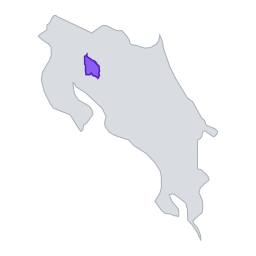 Tilaran, Guanacaste, Costa Rica (highlighted)
{"feature_id": "36466004B12916636175246", "entity_name": "Tilaran", "entity_type": "district", "adm_level": 2, "iso_a3": "CRI", "parent_name": "Costa Rica", "parent_adm1": "Guanacaste", "projection": "equal_earth", "projection_center": [-84.874, 10.487], "detail": "fine", "context": "in_parent", "style": "filled", "palette": "violet", "viewbox_px": 256, "rotation_deg": 0, "n_neighbors": 0, "source": "geoboundaries", "source_scale": "gbopen_adm2", "svg_char_len": 3766}
<svg xmlns="http://www.w3.org/2000/svg" viewBox="0 0 256 256"><path d="M217.7,131.7L217.4,133.1L216.5,134.5L215.1,135.9L213.4,136.8L209.1,133.9L204.9,130.6L202.6,132.1L201.8,136.4L200.2,138.6L198.3,139.5L197.5,140.9L197.4,155.4L197.5,169.1L200.7,169.4L206.0,174.1L208.2,176.9L209.0,179.5L208.3,180.7L204.5,183.7L200.7,187.5L198.8,192.2L202.1,199.8L202.8,204.9L202.7,210.3L201.8,212.9L194.5,219.1L193.0,221.3L193.2,222.9L197.2,227.2L199.1,231.3L200.7,236.3L200.9,240.6L197.3,232.6L192.2,224.9L187.8,220.2L187.4,209.2L185.7,203.2L179.0,197.7L173.3,193.8L169.1,194.6L171.7,200.9L178.4,209.1L178.8,212.2L178.7,216.4L174.2,215.7L170.1,214.0L165.2,213.5L161.9,211.0L154.9,201.3L159.9,193.0L161.4,187.6L161.3,176.3L160.1,170.8L154.8,162.5L146.2,153.4L134.3,146.0L128.7,140.0L114.7,135.4L109.4,132.3L105.2,126.7L104.6,122.6L106.1,116.4L102.2,108.4L85.6,92.8L76.3,87.0L74.3,83.7L72.8,82.6L74.3,93.4L78.3,99.9L88.9,106.0L91.9,109.5L93.0,114.1L86.9,122.9L83.7,125.1L82.8,129.9L80.8,131.4L78.7,128.6L70.1,114.8L53.4,108.2L50.4,104.1L44.2,91.6L41.4,80.1L42.4,72.4L49.3,60.5L51.4,55.3L51.0,52.1L51.2,47.4L48.7,44.1L42.3,39.8L38.3,36.4L39.4,34.7L46.7,30.1L47.1,25.9L47.1,24.5L48.3,24.2L49.3,23.1L50.0,22.0L52.0,18.0L53.7,15.7L55.7,15.4L58.1,17.0L67.2,21.3L77.4,26.1L91.8,33.0L97.8,28.6L103.0,25.3L106.5,25.7L114.3,29.6L119.0,30.9L121.8,30.5L126.8,36.2L129.5,40.5L130.0,43.3L131.5,44.8L135.4,45.2L144.8,48.1L150.6,47.5L155.9,44.4L158.8,40.8L159.7,35.0L161.0,37.8L162.6,42.3L163.3,48.1L170.1,67.5L175.6,78.4L187.5,98.1L192.7,101.8L201.4,117.7L204.4,120.3L206.1,125.0L215.2,128.9L217.7,131.7Z" fill="#d9dde1" stroke="#a8b0b8" stroke-width="1"/><path d="M99.5,70.5L99.1,67.8L99.0,65.2L99.0,65.3L98.9,65.4L98.7,65.4L98.6,65.5L98.4,65.5L98.2,65.7L98.0,65.4L98.0,65.2L97.9,65.2L97.6,65.0L97.5,64.9L97.4,64.6L97.2,64.5L97.2,64.4L96.9,64.2L96.6,64.0L96.6,63.9L96.5,63.7L96.5,63.4L96.5,63.2L96.4,63.3L96.2,63.3L95.9,63.4L95.7,63.3L95.7,63.2L95.4,62.9L95.3,62.6L95.3,62.3L95.3,62.1L95.3,61.8L95.2,61.8L94.9,61.8L94.9,61.7L94.8,61.4L94.7,61.4L94.6,61.2L94.4,61.1L94.2,61.0L94.2,60.8L94.0,60.7L93.9,60.6L93.5,60.6L93.4,60.6L93.2,60.5L92.9,60.7L92.7,60.7L92.5,60.4L92.4,60.3L92.3,60.2L92.1,60.0L91.9,60.0L91.7,60.0L91.6,59.9L91.4,59.8L91.2,59.8L91.0,59.7L90.9,59.6L90.7,59.4L90.7,59.1L90.6,58.9L90.4,58.9L90.2,58.8L90.2,58.7L90.0,58.4L89.9,58.3L89.8,58.2L89.4,58.2L89.2,58.1L88.9,58.0L88.9,57.9L88.7,57.8L88.5,57.7L88.4,57.6L88.2,57.4L87.9,57.5L87.8,57.4L87.7,57.3L87.7,57.2L87.6,56.9L87.6,56.7L87.4,56.5L87.3,56.4L87.0,56.2L86.9,56.0L86.9,55.9L86.8,55.6L86.9,55.4L86.9,55.2L86.8,54.7L86.9,54.3L86.9,54.2L86.8,54.3L86.8,54.5L86.7,54.6L86.6,54.8L86.5,55.0L86.5,55.3L86.5,55.5L86.4,55.7L86.2,55.7L85.8,55.7L85.7,55.8L85.5,56.0L85.3,56.1L85.2,56.1L84.9,56.2L84.8,56.3L84.7,56.3L84.5,56.6L84.6,56.9L84.5,57.0L84.5,57.3L84.6,57.5L84.6,58.1L84.6,58.3L84.7,62.6L84.7,64.4L85.5,65.1L85.5,66.7L85.5,70.4L86.0,74.6L89.8,74.8L91.3,73.1L91.4,73.3L91.5,73.3L91.7,73.5L91.8,73.7L91.8,73.8L91.9,74.0L92.0,74.1L92.0,74.3L92.2,74.5L92.3,74.8L92.5,74.8L92.6,75.0L92.8,75.1L92.9,75.3L93.0,75.4L93.1,75.5L93.4,75.6L93.5,75.6L93.5,75.8L94.0,75.9L94.2,76.0L94.3,76.0L94.5,76.0L94.8,76.0L94.9,75.9L95.0,75.9L95.1,76.0L95.4,76.1L95.5,76.3L95.7,76.5L96.0,76.5L96.2,76.8L96.3,76.8L96.4,77.0L96.5,77.0L96.8,77.2L96.9,77.3L97.0,77.3L97.2,77.2L97.3,77.2L97.4,77.3L97.5,77.6L97.9,77.7L98.0,77.8L98.0,78.0L98.1,77.9L98.3,77.9L98.5,77.6L98.6,77.4L98.7,77.2L98.8,76.6L98.8,76.4L98.9,76.2L99.0,76.1L99.0,75.9L99.3,75.8L99.3,75.7L99.4,75.4L99.4,75.2L99.3,74.7L99.2,74.6L99.2,74.3L99.2,74.2L99.1,73.9L98.9,73.8L98.8,73.7L98.7,73.5L98.7,73.4L98.7,73.2L98.8,73.1L98.8,72.9L99.0,72.6L99.0,72.4L99.1,72.0L99.2,71.9L99.3,71.7L99.4,71.3L99.4,71.2L99.5,71.1L99.5,70.9L99.5,70.5Z" fill="#8b5cf6" stroke="#5b21b6" stroke-width="1.5"/></svg>